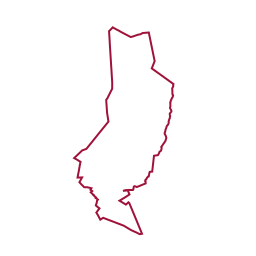 outline of Santiago Suchilquitongo, Oaxaca, Mexico, rotated 119°
{"feature_id": "50627088B38659893203172", "entity_name": "Santiago Suchilquitongo", "entity_type": "district", "adm_level": 2, "iso_a3": "MEX", "parent_name": "Mexico", "parent_adm1": "Oaxaca", "projection": "albers", "projection_center": [-96.898, 17.231], "detail": "fine", "context": "isolated", "style": "outline", "palette": "rose", "viewbox_px": 256, "rotation_deg": 119, "n_neighbors": 0, "source": "geoboundaries", "source_scale": "gbopen_adm2", "svg_char_len": 2876}
<svg xmlns="http://www.w3.org/2000/svg" viewBox="0 0 256 256"><g transform="rotate(119 128 128)"><path d="M47.4,190.2L48.5,190.4L52.5,191.5L61.6,185.7L62.3,185.3L95.8,163.9L101.3,160.9L110.8,160.5L111.4,160.4L114.0,160.7L124.8,153.7L131.9,148.2L146.5,150.8L156.4,152.5L166.5,154.3L169.8,157.2L175.0,158.8L180.4,160.5L180.4,158.4L180.6,153.1L182.4,152.6L190.9,149.7L193.8,148.8L195.8,148.1L193.5,144.2L199.0,144.2L200.0,141.2L200.6,138.9L201.0,137.7L200.5,136.6L199.5,134.7L198.4,130.8L198.7,130.8L200.2,130.9L200.5,128.7L202.3,129.4L202.5,128.6L203.0,126.8L203.2,125.5L203.6,125.5L203.9,123.7L204.0,123.7L204.3,122.2L204.9,122.3L205.0,121.2L205.2,119.6L206.7,119.8L208.2,119.2L211.3,118.6L211.6,117.4L211.6,117.1L211.7,116.9L211.7,116.7L211.8,116.3L212.1,114.0L216.6,114.6L217.3,114.7L218.8,112.1L221.6,107.8L218.6,106.2L217.4,97.7L215.5,84.3L215.8,75.7L215.3,69.9L215.2,66.3L213.7,64.5L203.0,77.9L193.1,90.4L192.8,91.6L196.0,92.7L195.7,100.2L191.2,97.6L188.9,96.3L185.4,94.5L183.5,96.9L183.1,97.4L182.8,97.4L182.8,98.0L182.9,98.3L185.4,101.9L185.1,101.6L184.0,100.5L183.9,100.4L183.7,100.2L183.5,99.9L183.4,99.8L183.3,99.7L183.2,99.5L183.1,99.4L183.1,99.2L182.9,99.0L182.5,98.1L182.4,98.0L182.3,97.7L181.7,97.2L180.9,95.6L179.9,93.7L179.1,93.7L178.8,93.6L178.5,93.7L178.1,94.0L177.5,94.2L176.9,94.4L176.4,94.4L175.8,94.2L175.6,93.7L175.5,93.0L175.4,92.4L175.4,91.9L175.4,91.7L167.9,85.7L166.1,86.8L166.2,87.2L166.1,87.3L165.9,87.3L165.5,87.4L165.4,87.4L165.2,87.5L164.9,87.6L164.7,87.6L164.5,87.4L164.1,87.2L163.9,87.1L163.6,87.2L163.3,87.2L162.9,87.2L162.7,87.3L162.4,87.3L162.0,87.2L161.6,87.1L161.3,87.0L161.0,86.9L160.9,86.9L160.8,86.7L160.7,86.6L160.5,86.4L159.7,86.6L156.3,87.7L156.2,87.7L155.8,87.7L154.4,85.7L139.7,91.8L139.1,91.1L138.3,90.1L137.3,88.7L136.1,88.6L134.7,88.7L133.6,88.9L132.8,88.6L132.7,88.5L132.1,88.2L131.5,88.2L130.5,88.4L128.8,89.1L128.5,89.7L121.4,89.0L119.3,89.4L118.0,89.7L116.8,90.9L115.9,92.1L115.3,93.1L114.5,93.6L114.1,93.6L113.0,93.7L112.2,94.1L111.5,94.3L110.0,94.5L108.6,94.8L107.2,95.0L106.1,94.7L105.2,94.6L104.1,94.8L103.2,95.2L102.7,95.6L100.6,96.1L99.1,96.2L98.3,96.6L97.7,96.8L97.1,96.9L96.5,97.5L96.0,98.0L95.4,98.4L94.7,98.4L92.7,98.0L92.0,98.3L91.7,98.7L91.3,99.2L90.7,100.2L90.1,101.0L89.5,101.2L88.6,101.4L87.7,101.9L87.1,102.3L86.4,102.5L86.1,102.7L85.8,103.1L85.6,103.3L85.0,103.5L84.5,103.4L83.9,103.6L83.2,103.9L82.6,103.9L81.8,103.9L80.8,104.1L80.1,104.0L79.6,103.9L77.9,104.3L77.5,104.4L77.3,105.0L77.2,105.3L73.4,107.6L73.1,107.8L72.6,108.1L72.2,108.4L71.7,108.5L71.2,108.6L70.6,108.6L70.1,108.6L69.5,108.7L69.0,108.9L68.7,109.2L68.2,109.5L67.5,109.6L65.2,129.0L64.4,136.1L56.6,137.1L34.4,156.1L37.8,161.2L39.4,162.2L40.1,162.7L40.6,163.3L41.6,164.5L42.9,165.7L45.7,168.2L47.1,169.7L47.2,172.1L47.2,173.2L47.4,181.3L47.3,183.6L47.4,184.9L47.4,186.1L47.4,190.2Z" fill="none" stroke="#9f1239" stroke-width="2"/></g></svg>